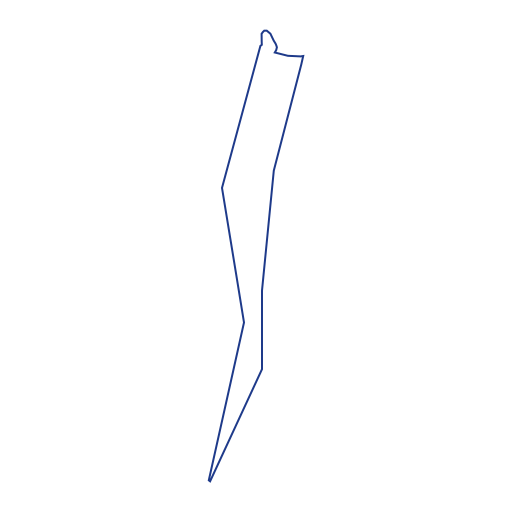 27, Ad Dawhah, Qatar
{"feature_id": "91078587B74870148919967", "entity_name": "27", "entity_type": "district", "adm_level": 2, "iso_a3": "QAT", "parent_name": "Qatar", "parent_adm1": "Ad Dawhah", "projection": "robinson", "projection_center": [51.555, 25.278], "detail": "fine", "context": "isolated", "style": "outline", "palette": "blue", "viewbox_px": 512, "rotation_deg": 0, "n_neighbors": 0, "source": "geoboundaries", "source_scale": "gbopen_adm2", "svg_char_len": 444}
<svg xmlns="http://www.w3.org/2000/svg" viewBox="0 0 512 512"><path d="M210.1,481.3L262.0,369.2L262.0,290.6L273.8,170.6L301.3,64.4L303.2,56.0L300.6,56.4L287.9,55.8L274.8,52.5L276.2,50.1L276.9,47.3L276.3,45.4L275.6,43.7L273.7,40.6L270.4,33.7L266.8,30.7L264.7,30.7L264.2,30.7L262.8,32.1L261.6,33.8L261.7,41.6L261.8,44.8L260.4,45.9L222.0,187.9L236.9,278.8L244.0,322.5L208.8,480.3L210.1,481.3Z" fill="none" stroke="#1e3a8a" stroke-width="2"/></svg>